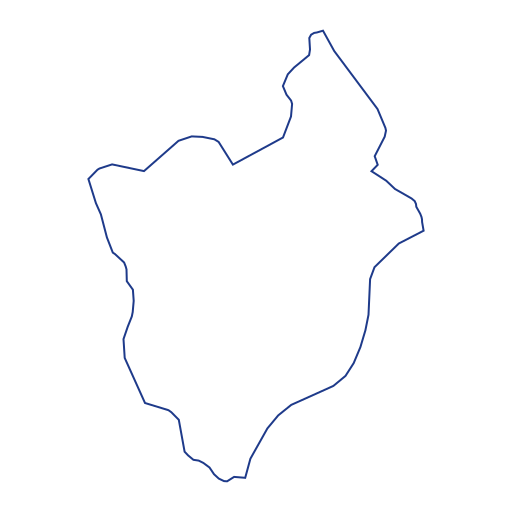 the border of Mongar
{"feature_id": "BTN-2490", "entity_name": "Mongar", "entity_type": "District", "adm_level": 1, "iso_a3": "BTN", "parent_name": "Bhutan", "parent_adm1": "", "projection": "albers", "projection_center": [91.21, 27.259], "detail": "fine", "context": "isolated", "style": "outline", "palette": "blue", "viewbox_px": 512, "rotation_deg": 0, "n_neighbors": 0, "source": "natural_earth", "source_scale": "10m", "svg_char_len": 1214}
<svg xmlns="http://www.w3.org/2000/svg" viewBox="0 0 512 512"><path d="M323.0,30.7L334.2,51.0L377.5,109.0L385.4,127.9L386.0,130.6L384.7,136.7L374.7,156.2L377.7,164.8L371.5,171.2L386.2,180.7L395.0,189.0L411.6,198.5L414.7,201.1L416.0,204.0L416.3,206.8L420.2,213.7L421.5,217.0L422.0,219.4L422.1,222.0L423.6,230.7L398.8,243.5L374.5,267.2L370.1,279.1L368.5,314.8L366.8,323.3L365.4,330.3L360.4,347.1L353.7,363.1L345.5,375.9L333.4,385.9L291.2,404.9L278.2,415.4L267.4,428.4L250.4,458.7L245.2,477.8L234.1,476.9L227.1,481.3L224.0,481.1L218.8,478.6L214.0,474.2L209.5,467.5L203.3,462.9L198.7,460.6L193.4,459.8L188.1,455.4L184.6,451.7L178.8,419.8L171.3,412.2L168.5,410.2L145.0,403.0L124.7,357.9L123.5,339.1L127.7,326.8L131.8,316.5L132.7,312.1L133.7,300.9L132.9,289.7L126.8,281.2L126.5,269.4L125.7,266.5L124.1,262.5L114.9,254.0L112.8,252.6L106.9,237.4L100.9,214.4L95.9,203.1L88.4,179.0L97.5,169.7L99.5,168.5L112.1,164.4L144.0,171.1L178.5,140.8L191.7,136.4L202.5,136.9L214.4,139.3L218.6,141.9L232.9,164.6L283.0,137.5L291.0,116.5L292.1,103.9L291.1,100.6L286.5,94.7L282.9,86.1L287.8,74.3L294.1,67.5L309.1,55.1L310.0,49.5L309.3,38.0L311.1,34.7L314.2,32.9L316.8,32.5L323.0,30.7Z" fill="none" stroke="#1e3a8a" stroke-width="2"/></svg>